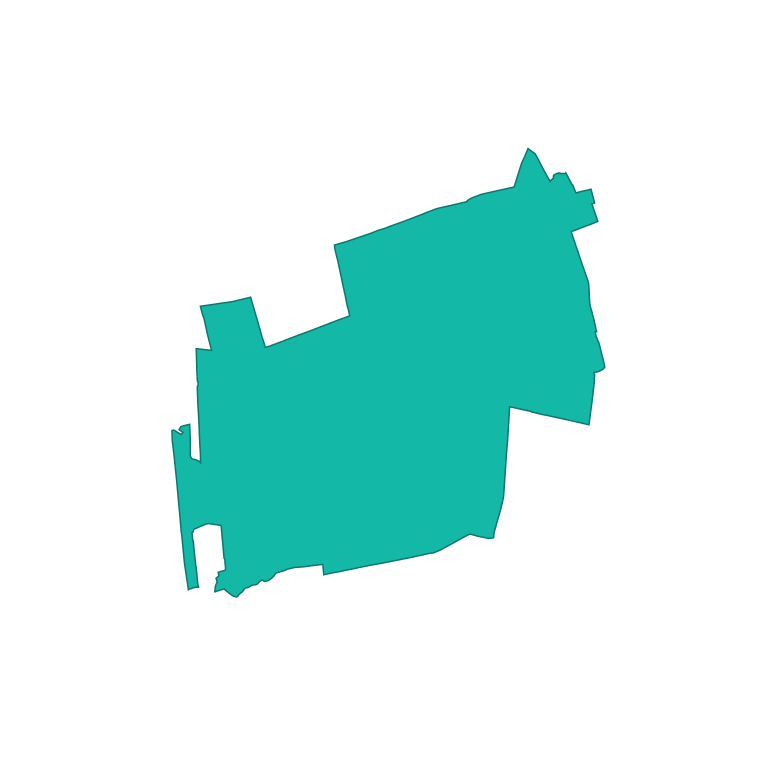 the district of Teiu, Arges, Romania, rotated 120°
{"feature_id": "2599482B70110326614234", "entity_name": "Teiu", "entity_type": "district", "adm_level": 2, "iso_a3": "ROU", "parent_name": "Romania", "parent_adm1": "Arges", "projection": "albers", "projection_center": [25.15, 44.647], "detail": "fine", "context": "isolated", "style": "filled", "palette": "teal", "viewbox_px": 768, "rotation_deg": 120, "n_neighbors": 0, "source": "geoboundaries", "source_scale": "gbopen_adm2", "svg_char_len": 6099}
<svg xmlns="http://www.w3.org/2000/svg" viewBox="0 0 768 768"><g transform="rotate(120 384 384)"><path d="M544.8,301.5L530.0,284.5L521.6,275.0L519.7,272.8L507.5,259.5L505.8,257.1L505.0,256.3L499.3,251.9L496.1,250.1L489.0,245.7L483.9,242.7L479.9,240.2L476.7,238.3L472.1,235.3L471.4,234.7L470.7,233.7L469.0,226.9L468.0,223.9L465.4,216.2L463.5,213.5L462.8,212.6L462.1,212.2L459.3,213.7L456.0,214.8L434.5,220.2L425.1,223.0L421.8,224.1L383.5,242.9L371.4,248.6L340.9,263.8L340.6,263.0L334.2,242.8L334.4,242.2L330.5,229.2L329.9,228.1L328.5,223.4L325.3,213.5L316.8,186.1L293.0,196.0L275.1,203.7L274.8,204.3L273.9,204.7L271.6,205.7L270.2,206.5L269.9,207.3L269.2,208.2L268.4,207.1L266.8,205.3L265.6,204.2L264.1,203.1L261.7,201.8L260.5,201.4L259.0,201.2L256.6,203.4L254.4,205.3L252.9,206.7L250.1,209.6L242.4,216.9L240.8,218.6L238.5,221.9L237.5,222.8L237.0,223.7L233.3,227.2L232.3,226.0L230.4,228.0L223.1,234.5L220.9,236.9L217.9,239.7L213.3,244.5L210.6,246.6L198.4,254.5L195.6,256.4L194.6,257.1L192.8,258.9L175.5,278.8L172.7,281.8L171.7,283.1L159.6,296.8L158.5,298.1L141.5,284.2L136.3,280.1L124.1,293.9L123.0,293.0L121.9,292.1L111.8,302.1L113.9,304.2L117.8,308.6L122.5,313.3L118.4,318.7L117.4,319.8L117.4,320.7L110.2,332.1L110.7,332.1L111.3,332.5L111.6,333.1L111.8,333.3L112.0,333.8L112.0,334.1L112.7,335.2L113.3,335.8L113.6,336.2L113.6,336.6L113.3,336.9L113.4,337.4L113.7,337.7L113.9,338.2L114.4,338.8L114.9,338.8L115.4,339.8L116.4,340.2L117.4,340.9L117.5,341.2L117.9,341.4L118.9,341.3L119.1,341.3L119.4,341.2L119.6,340.9L119.9,340.9L120.4,340.5L120.6,340.2L121.1,340.1L121.6,340.5L122.6,340.6L123.4,341.2L124.1,341.1L124.9,341.4L125.6,341.4L119.3,351.9L112.0,363.3L111.3,364.3L110.8,365.4L109.1,368.0L108.1,377.0L116.5,375.9L123.7,375.3L148.3,369.8L170.9,394.4L178.5,400.7L181.3,402.4L183.7,403.6L184.5,403.2L189.7,408.8L195.1,414.5L204.3,424.5L206.8,426.9L211.9,431.0L228.6,444.4L235.2,449.8L244.1,457.4L248.9,461.2L253.3,465.4L260.2,470.9L279.4,487.7L288.5,496.4L293.1,492.7L295.9,490.0L297.0,489.0L299.9,486.1L314.0,473.4L316.2,471.4L320.1,468.0L321.9,466.2L323.8,464.6L325.8,462.7L327.8,460.9L332.6,456.8L335.4,454.2L337.2,452.2L339.0,450.7L341.1,448.7L342.2,447.8L352.2,456.2L376.8,476.1L385.8,483.6L399.3,494.5L409.4,502.9L411.6,505.1L408.3,508.6L404.2,513.2L403.1,514.3L401.0,516.5L399.2,518.2L398.4,518.9L398.0,519.5L393.9,523.7L386.1,531.9L375.5,542.9L378.1,545.6L380.9,548.5L384.3,552.1L388.6,556.6L394.6,564.3L398.0,568.6L408.5,581.9L413.7,576.8L415.9,574.4L417.2,572.7L429.3,561.7L440.8,550.5L441.2,550.2L442.0,552.2L447.3,564.3L465.9,552.8L475.0,546.9L475.0,546.4L476.9,544.8L478.0,544.5L479.9,544.3L495.2,534.7L504.8,528.3L526.5,514.5L529.9,512.3L534.4,509.3L538.9,506.5L542.8,504.2L543.8,503.5L543.4,505.3L543.5,507.5L543.9,510.1L544.7,512.0L544.7,513.3L543.1,515.9L531.3,522.5L516.1,532.1L518.9,535.2L522.5,538.6L526.1,538.6L526.4,533.9L529.3,534.4L528.9,542.4L529.0,543.0L530.3,544.4L539.7,538.6L540.4,537.9L542.9,536.0L551.7,529.5L571.0,515.5L591.9,500.8L596.6,497.4L597.9,496.5L614.1,485.2L614.4,484.7L638.6,467.5L659.9,450.6L659.3,450.4L659.1,450.2L658.7,449.9L657.4,448.4L657.1,448.1L656.7,447.9L655.9,447.3L654.8,446.2L654.2,445.4L653.2,443.6L652.8,442.9L652.6,442.9L652.4,443.1L651.4,444.3L651.2,444.6L647.0,447.7L646.7,447.8L645.5,448.6L645.4,448.7L645.1,449.0L636.8,454.9L636.4,455.2L636.0,455.6L635.4,456.2L635.3,456.4L634.8,456.8L634.5,457.0L633.9,457.3L632.5,458.3L623.5,464.9L615.4,470.6L615.2,470.8L615.1,471.3L614.8,471.6L612.9,473.0L612.1,473.5L608.7,476.0L608.1,475.7L607.9,475.4L607.5,475.3L607.1,475.4L606.0,475.8L605.4,475.9L605.1,475.9L604.2,475.6L601.4,473.4L600.9,473.0L600.2,472.6L594.6,468.3L594.3,468.1L592.9,466.5L592.3,465.5L590.8,461.6L588.1,454.8L588.1,454.6L588.1,454.3L588.2,454.1L589.0,453.5L589.6,453.2L590.0,452.8L590.5,452.5L596.3,448.5L605.3,442.1L606.1,441.6L608.7,439.7L611.5,437.8L614.5,435.6L614.8,435.4L615.0,435.2L615.2,434.5L615.6,434.2L615.9,433.9L616.1,433.7L617.6,432.8L618.1,432.4L619.4,431.6L621.0,430.3L622.5,429.3L623.9,428.6L624.5,428.5L624.9,428.6L625.3,428.9L628.3,432.0L629.2,432.7L629.8,433.3L630.1,433.4L630.3,433.3L630.9,432.7L631.4,432.3L631.8,431.8L632.1,431.6L632.6,431.3L633.0,431.2L633.3,431.2L636.1,432.4L636.4,432.3L636.6,432.1L636.9,431.3L637.0,431.1L637.2,430.9L637.5,430.8L638.3,430.1L639.0,429.7L639.3,429.5L640.2,429.3L640.9,429.2L642.1,429.2L642.6,429.1L644.6,428.5L646.9,427.3L647.0,427.3L648.1,426.9L648.4,426.7L648.5,426.6L648.5,426.4L648.4,426.2L647.9,425.8L647.1,425.3L647.0,425.2L646.6,424.9L646.2,424.6L645.8,424.1L645.6,423.8L645.2,423.4L643.9,422.5L643.5,422.1L642.5,420.9L641.9,420.5L641.7,420.1L641.5,419.8L641.5,419.4L642.2,416.5L642.3,415.7L642.3,415.3L642.5,414.5L642.7,412.8L642.8,412.0L642.9,411.4L643.0,408.7L642.9,408.1L642.6,406.9L642.6,406.7L642.5,406.0L642.4,405.7L642.1,405.2L641.8,404.9L641.5,404.8L641.1,404.5L640.8,404.5L640.5,404.4L639.8,404.5L639.4,404.3L637.6,403.9L636.9,403.7L635.4,402.9L634.2,402.8L633.6,402.6L633.1,402.5L631.8,402.6L631.5,402.5L630.7,402.3L630.0,401.9L629.3,401.3L628.2,400.0L627.8,399.7L627.5,399.5L626.8,399.2L624.1,397.5L623.2,396.7L622.5,395.4L621.5,394.3L620.8,393.8L619.4,393.3L618.3,393.3L617.1,392.9L615.9,392.4L615.1,391.9L614.8,391.5L614.7,391.2L614.7,390.9L614.7,390.3L614.8,389.6L614.8,389.3L614.7,389.2L614.6,388.8L614.1,388.1L613.1,386.9L612.5,386.3L611.9,385.8L610.4,385.1L609.9,384.8L609.5,384.7L608.9,384.4L608.5,384.3L606.6,383.6L605.7,383.4L602.9,383.2L602.0,382.9L601.7,382.8L600.9,382.2L600.4,381.7L600.2,381.6L597.8,379.3L596.4,377.8L595.4,377.0L593.5,375.7L592.7,375.1L591.7,374.0L591.3,373.6L590.5,372.8L589.5,371.7L588.0,370.1L586.7,368.5L586.2,367.7L586.0,367.3L585.7,366.9L585.4,366.5L584.2,364.7L583.0,362.9L580.9,360.1L578.4,356.9L577.4,355.7L577.0,355.0L576.2,354.1L575.4,352.8L574.5,351.7L573.5,350.3L570.8,346.8L574.4,344.3L574.6,344.1L579.3,340.8L578.8,340.3L571.9,332.6L569.9,330.0L569.6,329.7L567.9,327.8L567.0,326.8L565.1,324.7L564.5,324.1L562.5,321.7L560.8,319.9L557.7,316.3L556.5,315.1L553.1,311.3L553.0,311.2L552.9,311.0L550.9,308.7L548.9,306.5L545.0,301.9L544.8,301.5Z" fill="#14b8a6" stroke="#0f766e" stroke-width="1.5"/></g></svg>